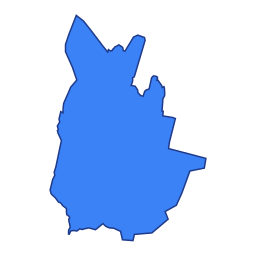 Chanchaga, Niger, Nigeria (Equal Earth projection)
{"feature_id": "59680162B49614598703533", "entity_name": "Chanchaga", "entity_type": "district", "adm_level": 2, "iso_a3": "NGA", "parent_name": "Nigeria", "parent_adm1": "Niger", "projection": "equal_earth", "projection_center": [6.539, 9.614], "detail": "fine", "context": "isolated", "style": "filled", "palette": "blue", "viewbox_px": 256, "rotation_deg": 0, "n_neighbors": 0, "source": "geoboundaries", "source_scale": "gbopen_adm2", "svg_char_len": 1867}
<svg xmlns="http://www.w3.org/2000/svg" viewBox="0 0 256 256"><path d="M165.1,211.5L169.8,208.9L176.3,205.3L181.7,193.4L183.0,189.9L189.9,171.0L204.3,168.1L205.9,158.4L168.6,148.6L168.9,145.8L169.5,141.8L175.4,118.5L172.6,117.5L167.7,116.7L162.8,115.9L163.2,111.2L162.0,110.9L162.8,100.9L162.8,100.1L162.6,99.8L163.3,98.1L164.4,96.1L164.7,94.8L164.7,92.9L164.4,88.1L164.0,86.7L163.3,87.0L162.2,87.5L162.0,86.4L161.7,85.6L158.4,80.8L156.9,80.3L157.1,80.0L157.0,79.4L157.5,79.4L157.4,77.5L157.1,76.8L156.4,76.5L155.9,76.4L155.7,76.2L153.4,75.9L151.6,77.8L149.1,89.0L146.5,89.8L144.7,91.3L143.1,96.2L140.8,95.6L138.1,92.9L137.5,89.7L135.1,86.2L132.9,85.8L131.2,85.4L132.3,82.3L132.6,81.2L132.7,79.8L132.6,77.6L133.9,77.2L134.6,75.8L136.3,70.0L145.1,40.4L144.5,37.5L141.7,36.5L137.8,35.1L133.5,37.1L125.0,51.2L123.4,50.7L122.6,47.3L118.9,44.8L116.2,46.4L115.1,46.7L114.3,47.7L113.7,48.5L113.4,48.6L113.0,49.0L112.9,49.4L112.6,49.6L112.5,50.0L112.1,50.6L111.8,50.4L111.0,50.9L110.4,51.0L108.5,49.6L107.7,52.0L102.8,46.0L93.4,33.6L83.7,21.2L78.6,17.2L76.3,15.4L68.8,34.6L65.5,44.5L65.5,51.7L72.4,67.2L76.8,80.0L70.6,87.3L70.3,88.1L68.2,93.1L66.4,97.1L63.9,102.8L63.6,104.0L63.2,107.1L62.9,112.9L60.8,111.6L59.0,119.0L59.7,122.1L58.6,123.8L57.3,126.1L58.4,129.5L57.4,130.5L57.8,132.1L58.0,133.1L59.6,136.5L61.4,140.6L56.0,166.2L55.8,167.1L54.2,172.2L54.8,175.3L54.2,176.5L52.7,179.5L50.1,190.1L51.2,193.9L55.5,198.0L58.4,202.0L60.8,203.0L62.7,205.6L66.4,208.5L66.5,212.7L66.8,214.7L69.1,216.4L69.7,217.8L68.8,219.0L68.8,220.3L70.2,227.2L68.6,230.2L68.5,234.0L69.3,234.2L70.7,231.0L73.6,230.5L76.9,231.0L79.7,228.9L82.3,229.5L84.1,228.9L88.8,227.9L95.5,229.7L100.0,226.0L103.0,223.6L104.3,224.9L105.9,226.4L109.4,227.9L113.7,228.2L120.5,231.3L122.5,239.8L133.0,240.6L134.4,234.4L151.9,232.9L168.1,219.2L165.1,211.5Z" fill="#3b82f6" stroke="#1e3a8a" stroke-width="1.5"/></svg>